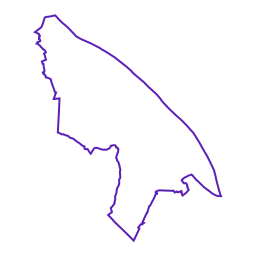 outline of Thot Not, Can Tho, Vietnam
{"feature_id": "81297802B2345271224879", "entity_name": "Thot Not", "entity_type": "district", "adm_level": 2, "iso_a3": "VNM", "parent_name": "Vietnam", "parent_adm1": "Can Tho", "projection": "orthographic", "projection_center": [105.542, 10.239], "detail": "fine", "context": "isolated", "style": "outline", "palette": "violet", "viewbox_px": 256, "rotation_deg": 0, "n_neighbors": 0, "source": "geoboundaries", "source_scale": "gbopen_adm2", "svg_char_len": 5470}
<svg xmlns="http://www.w3.org/2000/svg" viewBox="0 0 256 256"><path d="M133.7,240.6L135.2,237.5L139.4,228.6L138.2,227.6L139.8,225.5L140.1,225.1L140.4,224.9L140.7,224.6L141.0,224.1L141.3,224.1L141.6,224.3L141.9,224.4L142.1,224.3L142.6,223.9L142.9,223.8L144.0,222.9L142.5,222.2L144.6,217.6L147.0,212.5L147.3,212.6L149.2,206.2L149.4,206.0L149.9,205.9L150.0,205.7L150.2,205.3L150.4,205.2L150.5,205.0L150.6,204.6L152.3,201.4L153.8,198.7L155.9,193.6L156.2,193.9L156.3,194.0L156.8,194.0L157.0,193.9L157.1,193.4L156.6,193.4L156.4,193.2L156.2,192.8L155.9,192.6L155.6,192.2L155.7,191.8L155.8,191.6L156.0,191.5L156.7,191.4L157.6,190.7L157.8,190.6L158.4,190.6L159.2,190.4L159.8,190.3L160.6,190.4L161.8,190.4L162.9,190.5L163.6,190.4L164.0,190.4L164.9,190.6L165.5,190.6L169.9,190.7L172.6,190.8L172.9,190.9L173.3,190.7L173.5,191.0L174.1,191.3L174.3,191.5L174.4,192.1L174.8,192.5L175.4,192.2L177.1,191.5L177.3,191.5L177.5,191.9L177.6,192.2L179.2,191.9L180.2,191.5L181.3,191.0L181.5,191.1L181.5,191.3L181.6,192.2L181.7,192.5L181.4,192.8L181.7,193.1L181.8,193.2L181.8,193.4L181.8,194.1L181.9,194.3L182.6,195.5L185.5,193.3L185.9,193.0L186.8,192.1L188.7,189.9L188.3,189.1L188.2,189.1L187.8,188.5L187.6,188.2L187.6,187.9L187.7,187.5L187.7,187.3L187.7,187.1L187.4,186.8L187.1,186.1L187.2,185.2L187.1,184.7L186.7,184.3L186.6,184.1L186.4,183.5L186.1,183.3L185.9,183.2L185.6,183.2L184.7,183.3L184.1,183.3L183.7,183.2L183.6,182.7L183.4,182.3L182.4,181.5L182.1,181.1L182.0,180.8L181.8,180.1L181.9,179.8L182.1,179.5L182.8,179.1L183.4,178.6L184.4,177.7L184.8,177.4L186.1,177.0L186.7,176.6L187.5,176.1L188.1,175.8L191.6,174.6L193.1,176.1L196.3,179.9L198.2,181.5L203.8,187.0L212.8,193.8L216.1,195.5L218.1,196.0L219.9,196.2L221.0,196.1L220.3,194.5L218.5,188.3L216.5,180.6L215.3,175.1L214.0,170.3L210.2,162.2L207.1,156.0L205.0,152.5L202.2,147.6L199.2,142.2L195.0,135.5L192.9,132.3L190.4,129.7L188.4,127.3L185.0,123.7L180.9,119.6L176.1,115.4L170.7,110.3L167.4,107.0L162.1,101.3L160.2,98.5L156.4,94.1L147.7,86.2L144.1,82.4L136.0,75.6L132.9,72.9L131.4,71.0L126.4,66.6L114.7,57.4L107.9,53.0L104.5,50.9L102.4,49.8L99.6,47.9L91.3,43.6L80.7,38.9L76.0,36.2L75.1,35.1L67.6,27.2L61.8,22.4L59.4,19.9L55.2,15.4L53.6,15.7L51.2,16.2L49.4,16.6L47.9,16.7L47.1,16.9L45.6,17.1L45.2,17.3L44.9,17.5L44.5,18.2L42.9,23.5L41.9,26.0L41.4,27.0L41.0,27.5L40.5,27.9L35.0,32.1L38.3,33.6L38.3,33.9L38.5,34.0L39.1,34.2L39.2,34.3L39.3,34.4L39.3,34.7L39.2,35.3L39.3,35.6L39.7,35.9L39.9,36.0L39.8,36.4L39.7,36.4L39.3,36.4L39.1,36.5L39.0,36.8L39.3,38.5L38.9,38.8L38.9,39.0L39.0,39.2L39.7,39.4L39.8,39.5L40.0,40.0L40.3,40.6L40.3,40.9L40.1,41.1L39.7,41.4L38.9,41.7L38.1,42.1L37.9,42.1L37.6,42.0L37.4,42.1L37.3,42.8L36.7,43.7L37.9,43.9L38.2,44.0L38.4,44.2L38.9,44.9L39.6,45.3L40.0,45.7L40.9,46.9L41.5,47.5L42.2,48.1L42.5,48.5L42.8,49.1L43.5,49.3L44.9,50.5L45.2,50.8L45.4,51.1L45.9,52.2L44.7,53.1L44.0,53.6L44.6,54.6L45.5,58.1L46.0,59.7L41.9,61.5L42.2,62.6L42.7,63.9L43.5,64.0L43.8,67.7L44.4,69.2L44.4,71.2L44.1,71.4L43.9,71.6L43.9,71.8L44.1,72.4L44.1,72.6L43.8,72.8L43.7,72.8L43.1,72.6L42.9,72.6L43.0,73.0L43.0,73.3L43.5,73.9L44.1,74.3L44.4,74.7L44.6,74.9L45.2,75.1L45.4,75.3L45.6,75.9L45.6,76.2L45.6,76.6L45.7,76.9L45.6,77.2L45.7,77.4L45.9,77.5L46.2,77.4L46.9,77.5L47.7,77.8L49.4,78.5L49.8,78.7L50.5,78.9L50.6,79.0L50.7,79.3L51.6,82.6L52.7,85.7L55.3,92.8L56.0,92.7L53.7,99.0L54.0,99.0L59.5,98.4L59.0,110.8L57.8,132.5L58.6,132.8L59.6,133.2L60.3,133.5L60.9,133.9L61.7,134.3L61.9,134.4L62.4,134.3L62.9,134.2L63.2,134.2L63.9,134.6L64.7,134.7L65.3,135.1L65.7,135.4L66.0,135.5L66.8,135.6L67.4,135.7L67.8,135.9L68.1,136.0L69.0,136.9L69.8,137.5L70.3,137.8L70.8,138.0L72.5,138.3L72.8,138.5L76.6,141.3L77.5,142.0L79.3,143.1L79.8,143.5L81.3,144.8L82.1,145.4L82.7,145.7L83.2,146.1L83.5,146.2L84.2,146.3L84.4,146.4L84.5,146.5L84.4,148.2L84.5,148.5L84.6,148.8L85.6,149.1L86.1,149.3L86.3,149.3L87.1,149.0L87.3,149.0L87.6,149.1L89.2,151.6L89.4,152.1L89.9,152.8L90.8,153.7L92.8,150.3L93.6,149.1L94.1,148.5L94.9,148.0L95.6,147.8L96.4,147.8L97.2,147.9L99.3,148.6L100.8,149.2L102.5,149.6L103.9,149.7L105.1,149.7L106.4,149.7L107.3,149.4L108.5,148.8L109.4,148.3L109.8,147.9L110.2,147.5L110.5,146.8L110.7,145.9L110.8,145.8L111.0,145.7L111.5,145.7L112.0,145.6L112.8,145.3L113.4,145.2L114.0,145.2L114.6,145.3L115.2,145.4L115.6,145.6L115.9,145.9L116.0,146.1L116.1,146.4L116.1,147.3L116.1,147.5L116.5,147.6L116.9,147.6L117.2,147.6L117.5,147.9L118.2,148.7L118.4,149.0L118.4,149.3L118.0,149.7L118.0,150.0L118.2,150.6L118.2,151.1L118.1,152.2L117.5,152.8L117.4,153.1L117.4,153.6L117.4,154.0L116.6,155.8L116.2,157.9L116.2,158.2L116.8,159.0L117.0,159.3L116.9,160.1L117.2,160.7L117.5,161.1L117.9,161.5L118.3,162.0L118.9,163.7L119.1,164.7L119.5,165.6L119.7,167.2L120.4,169.6L120.4,169.8L120.4,170.0L120.0,171.0L119.9,171.7L120.0,172.4L120.0,173.2L120.1,174.9L120.3,176.5L120.3,177.3L120.2,177.6L119.9,178.5L119.5,178.9L119.3,179.2L119.1,180.3L119.1,180.7L119.2,181.2L119.2,181.9L119.2,182.8L119.1,183.5L119.1,183.8L119.2,184.1L119.2,184.3L119.1,184.5L118.8,184.8L118.3,186.2L117.7,187.0L117.2,188.2L117.2,188.6L116.7,189.8L116.7,190.9L116.2,193.8L115.7,195.1L115.2,195.8L115.1,196.3L115.1,196.7L115.2,197.9L115.2,199.0L115.1,200.2L115.0,200.6L114.4,202.0L114.4,202.3L114.4,202.5L114.7,203.0L114.6,203.3L113.7,204.7L113.1,205.3L112.7,206.0L112.3,206.5L112.0,206.8L111.3,207.3L110.8,208.1L111.4,210.0L111.9,212.2L108.1,215.0L112.7,219.7L113.0,220.1L113.3,220.6L113.8,221.2L124.7,231.6L125.1,232.1L128.7,235.6L133.7,240.6Z" fill="none" stroke="#5b21b6" stroke-width="2"/></svg>